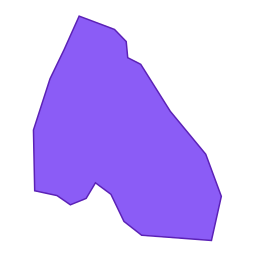 the County of Budaka, rotated 271°
{"feature_id": "UGA-5594", "entity_name": "Budaka", "entity_type": "County", "adm_level": 1, "iso_a3": "UGA", "parent_name": "Uganda", "parent_adm1": "", "projection": "orthographic", "projection_center": [33.979, 1.049], "detail": "fine", "context": "isolated", "style": "filled", "palette": "violet", "viewbox_px": 256, "rotation_deg": 271, "n_neighbors": 0, "source": "natural_earth", "source_scale": "10m", "svg_char_len": 403}
<svg xmlns="http://www.w3.org/2000/svg" viewBox="0 0 256 256"><g transform="rotate(271 128 128)"><path d="M239.0,77.2L226.3,112.8L214.4,124.7L198.3,126.5L191.9,139.6L145.4,170.0L103.1,206.2L61.3,222.5L17.0,213.4L21.0,143.5L34.5,125.6L61.4,112.1L72.6,96.4L56.9,87.4L50.2,71.7L59.2,58.2L63.6,35.8L124.3,33.5L175.9,49.2L205.1,62.7L239.0,77.2Z" fill="#8b5cf6" stroke="#5b21b6" stroke-width="1.5"/></g></svg>